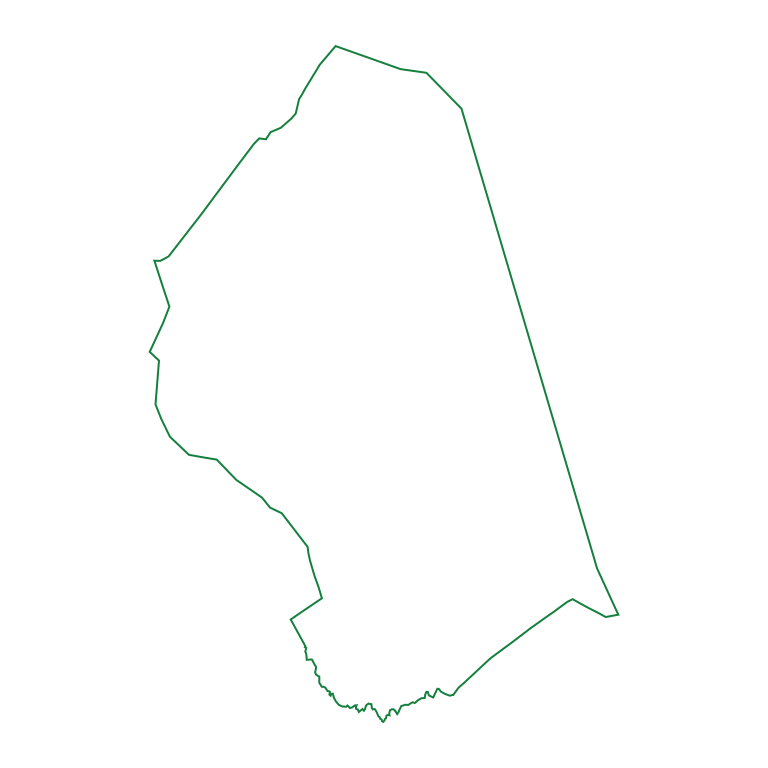 outline of Santa Cruz Nundaco, Oaxaca, Mexico
{"feature_id": "50627088B37986701156918", "entity_name": "Santa Cruz Nundaco", "entity_type": "district", "adm_level": 2, "iso_a3": "MEX", "parent_name": "Mexico", "parent_adm1": "Oaxaca", "projection": "equal_earth", "projection_center": [-97.721, 17.155], "detail": "fine", "context": "isolated", "style": "outline", "palette": "green", "viewbox_px": 768, "rotation_deg": 0, "n_neighbors": 0, "source": "geoboundaries", "source_scale": "gbopen_adm2", "svg_char_len": 2171}
<svg xmlns="http://www.w3.org/2000/svg" viewBox="0 0 768 768"><path d="M618.3,614.7L597.1,568.5L537.0,364.6L502.9,249.1L461.5,108.7L426.4,72.8L400.5,69.1L335.6,46.1L319.6,64.9L317.6,68.3L305.4,88.3L301.8,94.8L299.1,99.1L295.7,113.6L291.1,118.8L280.8,127.8L270.6,132.1L265.9,139.3L259.2,138.4L253.8,144.0L238.8,163.9L214.8,196.1L202.2,213.1L168.6,256.4L162.8,259.6L160.2,260.9L154.4,260.7L162.9,287.0L169.4,306.6L163.1,322.9L149.7,351.9L159.0,360.6L155.5,404.4L161.3,419.0L169.9,436.7L188.9,454.8L202.2,457.2L216.7,459.6L236.3,479.9L262.0,497.6L270.0,507.6L281.8,513.3L307.6,546.9L308.5,553.7L310.1,560.9L314.6,576.2L318.5,586.9L321.9,598.3L314.0,603.6L298.2,614.3L290.7,619.5L305.4,646.2L304.9,647.1L306.2,647.9L305.3,651.6L306.2,653.8L306.8,659.8L311.0,659.5L312.0,659.6L314.8,665.0L316.0,666.8L315.9,668.8L315.4,670.9L315.2,672.7L316.2,674.8L319.3,676.6L319.3,682.8L320.4,684.5L321.8,686.8L323.5,686.8L325.3,687.6L327.5,691.0L329.3,691.3L330.0,692.1L329.4,694.6L330.6,695.7L331.2,693.9L332.8,693.6L334.0,698.0L335.9,701.4L338.9,704.9L342.4,706.5L346.3,706.7L347.5,705.5L349.9,708.0L352.4,707.3L354.6,705.5L356.6,705.3L355.9,707.0L356.1,708.8L357.9,709.6L358.8,712.0L362.5,709.0L363.9,710.7L365.1,709.0L365.7,706.4L366.6,704.9L368.6,703.6L371.4,704.2L371.8,707.9L372.8,709.4L373.8,709.1L374.9,709.2L376.6,712.0L378.5,716.5L379.6,717.1L380.3,718.9L381.6,719.5L382.1,721.3L383.2,721.9L384.4,720.6L384.9,719.1L386.1,718.1L386.2,717.1L386.5,715.7L387.3,715.2L388.6,714.9L389.5,715.2L389.2,713.9L389.4,712.6L389.7,711.4L390.1,710.2L392.0,709.2L393.6,709.3L394.9,710.8L395.3,710.7L396.0,712.2L397.2,714.1L398.8,711.6L399.5,709.7L401.4,705.9L403.4,705.5L404.8,704.8L408.5,704.9L410.8,703.2L412.6,702.3L414.8,703.0L417.2,701.0L418.7,699.7L421.6,698.2L424.7,698.0L425.3,694.3L426.4,691.9L427.8,692.0L428.9,695.4L433.2,697.5L437.3,688.8L438.8,688.9L441.1,691.8L445.0,693.9L447.7,694.9L449.8,695.7L452.8,694.9L453.2,695.0L458.6,687.6L463.6,683.3L472.1,675.4L488.6,660.0L491.8,657.3L512.5,642.0L531.1,627.8L550.7,613.9L551.2,613.6L552.6,612.7L567.2,601.9L572.6,599.2L582.1,604.5L589.5,608.5L598.6,613.1L605.6,617.0L618.3,614.7Z" fill="none" stroke="#15803d" stroke-width="2"/></svg>